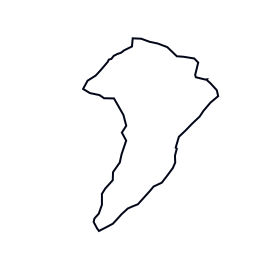 outline of Laneia, Limassol, Cyprus, rotated 42°
{"feature_id": "46923920B30538260046236", "entity_name": "Laneia", "entity_type": "district", "adm_level": 2, "iso_a3": "CYP", "parent_name": "Cyprus", "parent_adm1": "Limassol", "projection": "robinson", "projection_center": [32.922, 34.818], "detail": "fine", "context": "isolated", "style": "outline", "palette": "ink", "viewbox_px": 256, "rotation_deg": 42, "n_neighbors": 0, "source": "geoboundaries", "source_scale": "gbopen_adm2", "svg_char_len": 1035}
<svg xmlns="http://www.w3.org/2000/svg" viewBox="0 0 256 256"><g transform="rotate(42 128 128)"><path d="M154.3,38.8L153.0,40.3L144.4,44.9L142.4,43.6L136.4,32.4L130.7,32.0L121.6,37.9L116.3,42.0L103.1,41.6L93.6,45.3L86.3,49.5L78.1,52.8L71.5,58.2L76.4,64.8L74.5,69.5L73.1,73.1L72.5,76.6L70.5,80.3L69.1,84.0L69.4,87.7L68.0,90.0L68.7,92.6L69.0,103.8L68.9,110.7L66.3,119.9L68.5,129.0L69.2,128.9L76.4,127.5L84.8,122.6L90.3,121.9L97.8,115.4L108.7,119.0L115.9,121.4L125.2,127.5L126.5,135.5L135.1,138.6L140.8,151.8L145.0,159.2L146.4,170.8L151.6,177.0L151.6,188.2L152.7,194.4L160.0,202.5L163.6,211.2L163.6,217.7L165.3,220.8L171.9,223.2L172.8,223.4L175.3,224.0L178.6,215.3L180.8,209.3L180.9,203.4L180.9,196.4L181.7,188.0L183.6,183.7L186.4,178.0L186.4,169.9L186.4,159.9L186.2,154.3L189.7,146.0L189.0,136.8L188.1,127.7L186.2,122.1L181.4,117.1L178.1,110.7L176.6,110.7L171.7,100.5L172.4,91.9L172.8,81.3L173.6,71.6L172.6,64.7L172.3,53.8L173.7,44.0L168.7,40.5L159.5,39.6L154.6,39.6L154.3,38.8Z" fill="none" stroke="#020617" stroke-width="2"/></g></svg>